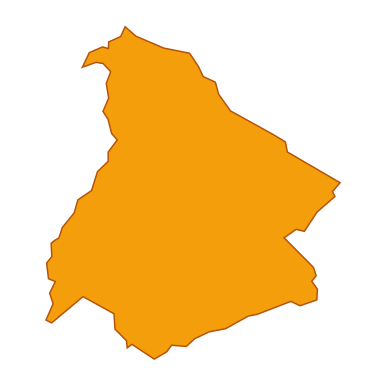 the district of Newberry, South Carolina, United States of America, rotated 89°
{"feature_id": "52423323B77423065564035", "entity_name": "Newberry", "entity_type": "district", "adm_level": 2, "iso_a3": "USA", "parent_name": "United States of America", "parent_adm1": "South Carolina", "projection": "mercator", "projection_center": [-81.608, 34.303], "detail": "fine", "context": "isolated", "style": "filled", "palette": "amber", "viewbox_px": 384, "rotation_deg": 89, "n_neighbors": 0, "source": "geoboundaries", "source_scale": "gbopen_adm2", "svg_char_len": 1036}
<svg xmlns="http://www.w3.org/2000/svg" viewBox="0 0 384 384"><g transform="rotate(89 192 192)"><path d="M276.2,337.0L279.1,330.2L290.7,336.1L301.3,332.8L317.5,340.2L320.4,334.6L294.7,302.8L312.4,272.1L327.7,271.4L339.6,260.1L346.7,259.5L343.3,254.7L358.4,232.7L351.4,220.1L344.9,215.1L346.3,200.3L338.8,192.0L332.1,177.3L329.2,160.7L317.1,138.0L315.5,129.1L303.1,95.1L307.6,86.0L302.1,69.1L291.4,68.3L283.3,73.8L277.8,69.3L269.5,71.9L239.4,100.7L231.2,88.6L233.3,80.3L214.3,67.4L199.0,49.2L194.0,51.5L185.3,43.8L153.7,95.9L143.5,97.8L135.8,110.1L111.6,152.1L94.6,163.7L82.6,166.7L76.8,178.8L66.6,183.4L53.2,192.0L47.6,217.7L35.3,245.3L25.6,256.0L35.3,260.6L40.5,272.7L47.1,273.1L45.4,278.9L50.8,292.2L65.3,299.4L60.7,285.7L62.0,278.6L70.3,271.2L81.9,275.8L96.7,273.7L109.9,279.6L117.8,274.7L132.1,271.3L138.7,265.9L150.6,275.1L159.9,275.3L169.9,286.1L188.8,292.4L197.8,306.2L210.9,310.2L225.1,322.2L235.7,325.9L237.9,330.0L240.8,333.7L254.1,333.3L260.5,338.6L276.2,337.0Z" fill="#f59e0b" stroke="#b45309" stroke-width="1.5"/></g></svg>